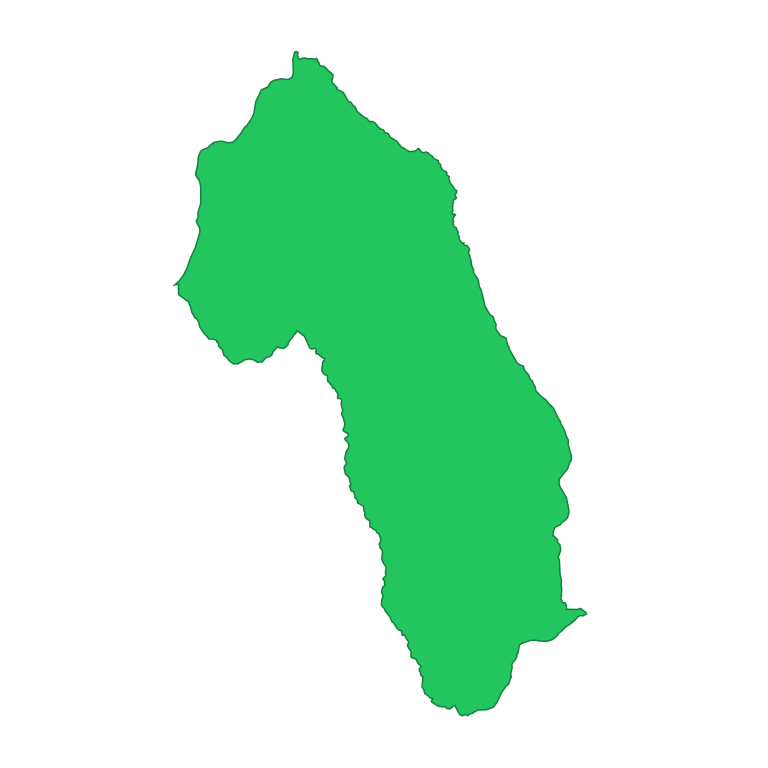 Três Lagoas, Mato Grosso do Sul, Brazil, rotated 183°
{"feature_id": "56859067B99558020678157", "entity_name": "Três Lagoas", "entity_type": "district", "adm_level": 2, "iso_a3": "BRA", "parent_name": "Brazil", "parent_adm1": "Mato Grosso do Sul", "projection": "natural_earth1", "projection_center": [-52.223, -20.406], "detail": "fine", "context": "isolated", "style": "filled", "palette": "green", "viewbox_px": 768, "rotation_deg": 183, "n_neighbors": 0, "source": "geoboundaries", "source_scale": "gbopen_adm2", "svg_char_len": 6128}
<svg xmlns="http://www.w3.org/2000/svg" viewBox="0 0 768 768"><g transform="rotate(183 384 384)"><path d="M593.6,476.7L598.1,472.0L594.5,473.0L593.8,462.5L583.0,455.4L582.8,453.7L581.4,451.4L579.6,445.4L576.4,440.4L574.1,438.9L572.3,436.0L571.0,431.4L567.1,426.0L561.0,419.7L556.8,420.0L553.7,418.8L552.8,416.7L551.7,416.2L551.0,412.9L547.2,409.7L545.5,404.4L543.3,403.0L539.8,399.2L535.4,396.2L530.5,396.6L529.6,397.7L527.1,398.7L524.8,400.7L519.7,402.0L515.5,401.3L511.2,399.0L508.4,399.8L507.2,399.4L502.6,404.5L499.9,405.3L497.7,406.9L496.2,410.7L492.4,415.6L491.1,414.7L486.1,414.3L483.6,416.1L481.8,418.5L481.7,419.9L480.0,423.2L478.2,425.1L476.7,428.0L474.8,430.0L474.0,432.7L465.9,427.5L459.9,415.9L458.3,415.2L455.0,415.9L453.7,415.6L453.2,414.4L453.9,412.6L453.4,410.8L450.9,410.2L447.4,407.3L444.6,406.5L444.8,405.0L446.3,402.7L446.9,394.2L445.0,391.3L443.9,390.3L441.0,389.5L440.5,384.3L435.6,379.0L435.1,377.4L434.2,376.9L433.1,377.1L431.3,373.9L430.1,372.7L429.3,370.6L429.8,368.8L429.4,367.2L426.4,367.0L425.3,365.5L425.9,362.4L424.6,357.6L423.8,356.3L424.6,353.1L424.6,351.2L422.8,348.1L421.0,342.1L421.7,338.3L422.5,336.5L422.3,335.1L417.1,332.3L416.9,331.0L417.7,329.7L420.2,327.7L420.0,326.3L417.4,324.2L415.7,321.1L415.9,318.7L418.2,314.5L419.3,307.8L418.8,305.7L417.0,303.2L419.1,299.8L419.5,298.2L417.7,291.8L413.8,288.7L411.9,281.4L413.0,280.7L411.3,275.7L408.7,274.7L407.1,271.4L407.3,269.5L406.6,268.2L405.5,267.8L404.6,266.8L404.1,263.9L398.1,261.0L397.3,256.2L396.3,254.8L396.5,252.4L395.9,250.6L394.9,248.8L390.8,246.3L390.8,241.5L390.4,240.4L389.2,240.2L386.9,238.4L384.7,237.8L383.3,235.2L380.8,233.7L380.2,231.3L379.2,229.8L379.3,226.2L380.5,223.9L379.5,221.9L379.3,220.1L377.1,217.8L376.6,214.1L377.0,213.0L376.9,208.9L375.5,205.6L372.4,201.4L372.2,200.2L372.8,195.9L372.0,193.4L372.4,192.1L374.8,189.8L374.4,188.2L373.0,187.4L373.1,184.8L372.5,183.1L374.8,181.0L375.5,177.1L375.5,175.6L373.8,172.6L374.8,169.0L375.1,163.5L374.0,161.7L371.7,159.5L371.0,157.7L365.7,151.4L363.7,147.2L361.7,145.6L358.1,140.6L356.4,139.1L354.4,138.8L352.9,137.0L353.1,135.3L352.6,133.9L350.3,134.4L347.8,129.9L346.6,128.9L345.8,127.3L346.7,125.2L346.7,123.7L345.4,121.3L342.9,118.5L342.9,113.1L341.7,112.1L337.5,110.9L335.9,107.4L334.7,106.0L332.5,104.5L332.8,102.9L333.9,101.4L333.6,99.3L332.6,98.0L332.1,95.3L329.8,93.3L330.2,84.2L329.9,83.1L328.4,81.2L327.1,77.1L323.0,74.5L321.4,72.7L319.9,72.9L318.9,72.2L320.2,70.0L319.5,68.7L313.1,65.2L309.4,64.7L306.2,65.0L304.1,63.1L300.9,63.1L300.0,63.6L298.5,65.7L296.3,66.6L292.8,60.3L290.9,57.7L288.3,56.8L285.5,58.1L283.0,57.2L281.1,58.9L278.1,59.8L276.7,61.3L272.9,63.4L264.9,64.0L258.4,66.7L257.0,67.9L256.0,70.0L254.7,71.4L250.6,81.7L247.2,87.1L246.9,88.5L244.3,90.1L243.4,91.8L242.7,95.6L241.5,98.2L242.3,101.2L241.1,107.9L241.8,109.6L241.0,112.3L238.4,115.6L237.3,118.0L237.4,119.6L236.1,122.4L235.3,129.3L233.9,131.8L224.4,135.6L218.1,136.1L216.9,135.6L208.2,135.5L202.4,137.6L198.1,141.4L196.2,144.6L193.9,146.4L189.8,151.0L185.8,153.8L180.8,158.3L178.5,161.4L176.1,163.0L173.2,162.9L169.9,164.8L170.2,166.2L176.0,170.1L179.4,169.0L190.0,168.5L190.2,172.3L191.8,175.2L194.5,175.0L194.9,177.0L196.6,179.3L195.7,180.8L195.8,188.9L196.6,192.2L196.4,196.7L198.2,203.3L199.7,217.5L200.9,220.0L198.9,226.9L199.3,229.7L199.9,232.8L202.2,234.5L202.5,237.5L207.5,242.0L207.2,245.5L206.0,249.0L205.1,250.3L200.9,252.6L198.7,255.4L195.1,258.1L193.8,260.2L192.9,263.4L192.7,266.1L193.2,269.6L195.9,280.1L202.9,290.6L204.0,294.0L204.0,298.2L196.0,309.3L195.2,312.9L192.9,318.2L193.0,321.5L196.9,333.0L197.0,337.6L199.7,342.3L200.6,345.4L203.4,350.8L205.5,353.7L206.0,356.1L208.3,359.0L213.2,368.2L215.4,370.7L218.6,373.1L221.3,376.5L226.8,380.1L231.9,385.0L232.9,389.0L234.9,391.8L236.0,394.7L238.2,396.4L240.3,401.0L244.2,404.8L246.0,409.4L249.1,410.1L252.1,411.9L260.7,425.4L261.0,427.4L262.5,429.2L264.7,436.4L270.2,438.5L273.7,442.6L274.8,444.2L275.3,446.1L275.2,449.6L276.9,452.4L278.5,456.8L282.0,459.0L287.1,466.8L291.7,482.4L294.1,486.8L295.1,492.4L296.8,495.1L299.0,497.4L300.5,500.5L300.3,502.3L302.6,506.6L303.7,512.4L305.2,515.8L305.1,517.2L306.1,518.1L306.5,519.6L305.6,522.5L306.0,523.7L308.1,526.4L310.8,526.8L311.7,527.6L311.7,529.1L313.0,528.6L315.4,531.0L316.5,532.6L316.6,535.3L318.4,537.8L317.7,539.3L319.2,541.3L319.9,543.7L322.3,544.9L323.5,547.7L322.8,549.7L324.0,551.0L323.0,554.5L321.5,556.6L322.5,557.4L323.6,556.8L325.0,558.1L324.2,560.7L324.8,563.7L324.6,566.2L325.1,567.3L324.2,568.4L324.3,571.1L321.5,573.2L322.0,574.9L323.2,576.0L322.8,577.5L321.6,578.5L321.6,581.1L322.9,581.5L323.8,582.4L324.5,583.9L328.7,588.6L330.1,592.7L329.7,594.5L332.4,596.2L332.3,598.5L333.4,599.5L336.2,600.5L337.5,601.8L338.4,603.1L339.0,606.0L340.9,607.6L341.5,609.9L345.6,611.5L346.6,612.2L347.4,613.9L350.7,615.7L351.8,617.0L354.3,617.9L356.4,617.0L358.8,617.7L361.6,621.0L362.7,620.7L363.2,619.6L365.3,618.3L369.5,617.4L371.6,617.7L374.6,619.2L375.9,620.3L379.1,621.6L383.8,627.0L390.4,630.6L393.0,634.4L396.9,635.3L397.1,636.7L398.2,637.8L400.0,638.1L402.7,639.8L406.4,644.1L407.6,644.4L408.9,645.6L412.0,645.3L413.9,646.8L414.8,648.2L416.8,648.8L422.0,652.3L425.4,655.2L427.2,659.0L429.7,660.8L431.6,663.4L432.6,664.0L434.1,663.9L439.4,672.4L440.9,673.6L446.5,675.7L446.2,677.3L451.6,682.4L451.9,684.1L451.2,687.3L451.2,690.2L453.7,692.5L455.3,693.3L460.3,698.1L464.0,698.2L464.9,699.1L465.9,701.8L467.0,702.5L467.4,704.2L468.3,705.5L470.5,704.5L471.9,705.1L477.2,704.8L479.8,705.4L482.3,705.2L484.6,703.9L486.1,704.2L487.7,708.1L487.1,710.6L488.5,711.2L490.5,711.0L492.0,703.8L490.8,690.2L491.9,685.3L495.7,683.0L502.7,683.4L510.0,681.4L513.2,679.2L515.5,674.5L521.9,671.3L526.8,659.3L528.0,648.6L529.2,644.2L532.2,638.6L534.7,634.7L536.7,632.9L539.9,627.1L545.3,619.7L548.3,617.3L553.4,616.8L557.9,617.9L560.4,617.9L567.1,616.1L572.4,610.8L578.0,608.1L579.6,606.2L581.2,601.2L581.6,592.8L583.2,583.8L582.8,582.5L578.8,576.8L577.5,571.9L576.4,555.4L578.8,544.9L578.3,540.2L580.0,537.4L579.5,535.4L576.4,530.2L575.8,527.9L576.1,524.9L579.5,510.5L584.1,499.0L586.6,490.0L590.0,482.1L593.6,476.7Z" fill="#22c55e" stroke="#15803d" stroke-width="1.5"/></g></svg>